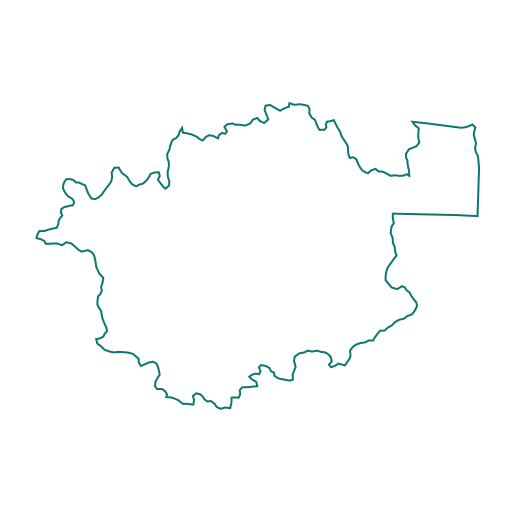 Pancas, Espírito Santo, Brazil (orthographic projection), rotated 92°
{"feature_id": "56859067B19948054793148", "entity_name": "Pancas", "entity_type": "district", "adm_level": 2, "iso_a3": "BRA", "parent_name": "Brazil", "parent_adm1": "Espírito Santo", "projection": "orthographic", "projection_center": [-40.82, -19.149], "detail": "fine", "context": "isolated", "style": "outline", "palette": "teal", "viewbox_px": 512, "rotation_deg": 92, "n_neighbors": 0, "source": "geoboundaries", "source_scale": "gbopen_adm2", "svg_char_len": 4708}
<svg xmlns="http://www.w3.org/2000/svg" viewBox="0 0 512 512"><g transform="rotate(92 256 256)"><path d="M130.6,334.3L134.6,336.7L137.8,337.4L140.8,339.9L142.9,343.4L146.1,344.7L149.2,345.7L152.6,346.2L157.3,348.3L162.0,347.8L164.9,346.5L168.8,346.2L171.7,346.5L175.2,347.3L179.7,346.9L184.6,345.2L188.7,345.4L191.9,348.9L189.9,351.3L186.3,354.1L183.3,356.7L179.3,355.0L175.7,356.1L176.2,361.0L177.9,364.4L180.8,365.7L184.0,367.8L187.5,371.3L188.8,375.3L190.5,377.9L189.6,380.7L187.8,383.2L184.6,385.6L181.3,387.6L177.9,392.7L174.9,394.8L172.4,396.3L172.8,400.7L177.6,403.2L182.3,402.5L186.6,403.3L190.4,405.7L194.1,408.5L200.1,412.4L202.7,415.1L204.8,418.7L204.3,422.5L199.7,425.7L195.4,427.6L191.5,429.0L190.2,432.3L188.8,435.3L188.8,438.4L186.3,441.4L185.7,444.4L185.7,448.0L188.0,449.8L191.3,451.1L195.2,451.3L199.9,448.6L202.9,445.8L205.5,441.3L208.5,439.6L211.6,440.7L212.5,444.5L213.9,449.4L215.8,452.2L219.5,452.4L222.4,451.0L224.9,453.1L228.0,454.6L230.9,454.6L234.8,456.3L235.8,460.7L236.9,464.3L238.4,468.2L238.7,473.5L242.5,475.3L245.8,476.0L246.7,471.6L248.4,468.1L251.2,466.3L250.9,462.3L250.5,458.1L250.6,454.3L252.0,450.4L248.9,446.0L249.8,441.2L252.3,437.9L254.2,435.7L256.2,433.4L257.7,430.3L256.0,424.3L257.9,420.5L260.2,418.2L263.4,417.1L268.1,416.0L272.1,415.4L275.3,413.9L279.0,412.0L283.2,407.8L288.3,408.5L292.4,409.7L296.3,408.9L299.6,410.3L301.8,412.4L305.8,412.8L309.8,412.9L313.3,411.1L316.4,408.8L320.4,408.1L324.5,407.0L329.2,404.9L333.2,402.9L336.4,402.3L338.9,404.5L341.8,405.7L343.9,409.2L344.5,412.8L349.0,411.6L351.7,407.7L355.1,404.0L356.7,398.6L357.3,394.6L356.7,390.5L356.7,385.0L357.0,380.6L358.1,375.5L360.6,372.5L362.7,369.7L366.2,369.5L370.0,367.2L367.7,362.6L366.2,359.3L365.2,355.3L367.0,351.7L370.0,350.2L373.4,349.2L378.1,348.1L381.2,350.2L385.4,352.1L389.4,352.5L392.3,350.4L392.3,344.9L394.6,341.9L397.3,340.1L400.1,340.7L400.3,336.0L401.2,332.7L402.8,328.7L406.3,323.9L406.2,319.3L406.7,313.4L402.0,312.9L398.1,314.2L395.3,310.9L396.4,306.4L398.5,304.2L401.0,302.6L403.1,299.6L402.5,296.1L405.1,292.3L408.4,289.9L409.9,286.0L408.5,281.4L409.0,276.5L403.4,275.4L398.4,275.5L398.1,272.0L398.2,268.4L394.6,266.9L390.8,267.6L387.7,265.3L387.5,261.3L386.7,255.0L386.1,250.2L381.7,251.4L379.4,255.9L376.9,258.5L374.9,256.1L373.6,252.4L374.0,248.7L370.9,247.5L367.1,249.2L364.9,247.1L365.5,242.6L367.4,238.8L370.8,236.9L371.8,234.0L375.1,233.3L377.4,229.8L378.0,226.9L378.8,221.5L379.4,217.8L378.2,214.8L373.2,215.3L369.1,213.8L365.8,212.6L362.9,213.1L360.2,214.3L355.4,213.9L351.8,209.4L350.7,204.3L348.7,200.8L349.6,196.8L348.5,191.8L349.6,187.2L349.8,184.0L351.1,181.1L353.9,178.0L358.7,176.6L362.1,179.3L364.5,177.3L363.2,173.5L360.7,170.0L361.4,166.7L362.3,163.4L359.0,161.2L354.7,158.6L351.8,158.1L347.1,158.7L343.4,156.0L341.2,153.2L339.5,149.0L338.4,143.6L336.5,140.6L336.4,136.1L333.4,134.5L329.5,131.9L326.3,129.2L326.0,124.9L322.9,121.7L320.6,117.8L317.3,114.8L314.7,110.7L313.5,106.0L310.8,102.7L308.9,98.1L306.1,96.1L303.4,94.6L300.2,93.3L296.7,94.2L294.1,96.6L290.6,99.3L287.0,101.3L284.9,104.4L282.3,106.0L281.1,109.3L284.2,113.6L282.7,119.4L279.2,122.6L275.5,125.7L270.6,125.7L267.0,125.2L263.6,124.2L260.1,122.1L254.8,118.6L250.6,115.5L246.9,117.1L242.1,117.7L238.2,119.6L233.0,120.1L228.7,122.1L225.3,122.1L221.4,121.3L218.4,119.4L213.0,120.7L208.9,120.7L208.1,57.5L208.4,36.0L175.1,36.1L160.3,36.1L148.3,37.7L144.3,40.0L140.7,40.8L135.7,40.1L131.9,41.1L127.6,42.6L123.7,42.2L119.8,41.3L117.0,44.4L118.8,47.7L120.1,51.6L120.7,55.6L117.5,89.4L116.4,104.3L120.0,101.5L122.7,97.8L128.9,98.1L133.1,97.8L136.7,96.7L140.4,99.2L142.3,102.8L143.9,106.8L148.7,109.7L152.2,109.5L155.5,108.0L159.5,107.6L162.9,106.7L166.4,105.9L170.5,105.6L169.0,108.2L170.5,111.4L170.9,115.3L170.5,119.9L171.2,124.2L168.9,128.6L167.3,132.4L167.2,136.6L164.7,139.6L166.6,144.2L169.4,146.9L168.4,149.8L166.6,152.9L163.9,155.0L160.1,157.3L155.9,159.0L153.9,162.3L154.7,165.7L151.4,167.1L147.4,167.7L142.9,168.1L140.0,170.0L136.4,172.5L132.8,175.0L128.9,176.2L125.2,178.8L121.0,181.1L117.5,183.0L118.8,186.9L119.3,189.8L122.1,190.7L125.0,190.2L127.5,192.2L127.7,197.0L124.3,199.1L121.1,200.5L117.9,201.8L115.7,205.2L111.5,207.8L107.6,207.6L104.2,209.2L103.5,212.3L102.8,217.0L103.5,223.1L102.1,227.9L105.7,228.4L106.9,231.5L108.3,234.4L110.0,237.0L106.5,243.8L104.6,247.1L105.4,251.7L109.6,252.5L119.1,248.5L122.8,252.6L120.8,257.0L118.0,259.5L119.8,263.9L123.7,266.4L126.0,271.2L125.4,277.2L125.5,281.1L124.4,283.9L125.4,289.5L128.1,292.0L132.5,289.3L134.9,290.9L134.2,294.3L136.5,297.2L139.8,298.1L137.6,302.6L136.9,306.9L138.6,310.2L142.5,313.3L141.1,316.5L138.9,319.3L136.8,324.4L135.7,329.8L135.3,333.4L130.6,334.3Z" fill="none" stroke="#0f766e" stroke-width="2"/></g></svg>